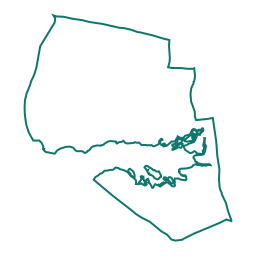 Teluk Bintuni, Papua Barat, Indonesia
{"feature_id": "22746128B11480476919105", "entity_name": "Teluk Bintuni", "entity_type": "district", "adm_level": 2, "iso_a3": "IDN", "parent_name": "Indonesia", "parent_adm1": "Papua Barat", "projection": "albers", "projection_center": [133.559, -2.087], "detail": "fine", "context": "isolated", "style": "outline", "palette": "teal", "viewbox_px": 256, "rotation_deg": 0, "n_neighbors": 0, "source": "geoboundaries", "source_scale": "gbopen_adm2", "svg_char_len": 6051}
<svg xmlns="http://www.w3.org/2000/svg" viewBox="0 0 256 256"><path d="M171.3,239.5L175.5,240.6L182.4,239.7L183.1,239.0L194.0,233.6L219.3,223.0L226.5,219.5L231.3,221.1L231.4,220.4L228.0,210.9L226.0,203.1L222.1,194.9L221.5,192.4L220.2,189.7L219.6,187.3L219.0,179.3L219.4,169.4L217.3,155.8L216.2,141.3L212.8,118.0L206.7,119.0L196.1,120.1L194.8,116.4L194.8,111.7L191.1,101.5L190.5,93.9L191.3,88.1L193.7,82.8L193.6,81.7L194.1,81.3L194.5,79.9L195.0,75.7L194.2,68.3L192.7,68.8L187.8,68.8L181.2,68.1L172.0,68.0L168.1,67.3L169.6,61.8L169.8,57.9L169.0,45.7L169.4,40.0L163.6,38.7L152.8,35.4L140.7,32.5L137.6,32.0L129.9,29.4L124.5,28.2L119.1,27.7L102.2,23.9L89.5,22.0L82.4,20.2L72.3,18.7L63.8,16.8L56.2,16.4L53.4,15.4L55.1,18.2L54.7,22.5L40.2,46.3L36.3,68.1L34.1,75.0L31.0,81.6L30.1,85.0L26.5,93.8L25.0,100.2L24.6,106.8L24.8,114.3L26.2,124.5L28.8,132.5L33.2,140.5L39.2,140.5L41.5,142.7L43.3,146.4L43.1,149.0L44.1,149.0L43.8,150.0L44.6,151.1L46.4,152.2L48.6,152.4L50.1,152.9L54.7,153.7L57.0,150.6L60.3,148.6L65.7,146.9L69.7,146.6L73.4,147.8L75.2,150.2L76.9,151.2L81.7,151.2L83.3,151.7L84.0,152.6L85.0,153.0L86.5,152.2L87.8,150.9L89.3,150.2L91.6,147.3L93.6,146.2L97.1,145.4L100.8,145.7L101.1,145.3L103.5,144.8L104.3,143.8L108.0,141.5L110.7,141.0L116.1,141.6L115.9,142.4L116.9,143.5L119.3,142.1L121.8,141.8L123.6,140.8L124.9,142.6L127.1,143.5L132.9,143.0L134.3,142.7L134.8,142.2L136.9,142.8L139.1,142.6L141.3,144.9L145.9,145.0L147.2,145.4L148.4,145.1L150.3,145.4L151.7,145.1L152.7,146.1L153.5,146.3L156.9,145.2L158.5,144.2L159.2,143.1L159.0,141.9L159.5,140.6L160.9,139.0L161.8,138.8L162.4,139.5L162.4,139.9L161.3,139.8L160.3,141.0L160.2,143.1L160.7,144.4L161.6,145.0L163.3,143.7L164.6,143.7L166.4,145.7L168.7,144.3L169.6,143.1L170.3,142.9L171.5,141.5L175.0,141.5L176.6,138.4L177.9,137.4L178.0,137.2L177.5,137.0L177.7,136.4L179.3,137.4L181.0,137.9L182.9,137.8L184.1,137.1L185.1,135.8L189.4,134.5L190.3,133.9L191.6,130.9L192.3,129.7L193.1,129.2L193.8,129.0L195.1,129.4L196.8,130.7L199.1,129.7L200.6,130.0L202.3,128.3L203.0,128.6L203.4,129.9L203.1,130.9L200.1,133.9L200.0,134.8L197.8,134.9L196.9,135.4L196.3,138.0L195.8,138.3L195.4,139.8L193.9,142.0L188.2,144.0L187.7,144.5L184.3,145.8L183.6,146.5L184.9,149.6L189.6,152.9L190.6,153.0L192.8,152.4L193.5,151.5L194.7,151.2L195.9,152.1L196.7,153.4L202.4,154.0L202.9,153.2L203.2,151.2L202.7,150.8L203.8,149.5L204.2,147.9L203.9,146.2L202.7,146.4L203.8,145.6L203.3,144.4L204.0,142.9L203.7,142.4L204.5,139.2L204.2,138.2L205.0,138.2L204.6,141.3L204.7,143.9L206.1,146.3L205.5,147.3L205.7,148.0L204.9,151.5L204.0,153.9L202.7,154.7L195.1,155.4L193.7,156.4L193.5,157.9L194.9,159.9L195.4,161.7L197.0,162.1L197.0,162.7L197.8,163.2L202.3,164.3L208.8,164.2L210.1,164.6L210.5,165.2L207.9,165.0L206.0,165.7L204.6,165.4L201.6,165.7L198.6,164.9L197.2,165.0L196.5,164.5L195.5,164.3L193.4,165.0L192.3,166.5L190.6,167.5L185.7,168.5L180.8,168.7L180.2,169.2L179.5,169.3L179.0,169.9L179.0,171.6L180.3,171.1L179.1,172.0L179.5,172.8L181.3,175.1L181.7,175.3L182.8,174.4L182.0,175.3L182.7,175.9L183.4,176.0L183.8,175.6L184.2,176.1L184.7,176.0L185.1,175.4L185.7,175.9L186.1,176.5L185.8,177.1L186.4,178.3L186.3,179.5L185.7,180.2L185.2,180.3L180.8,179.6L178.4,178.5L174.8,178.5L174.4,179.8L174.9,182.3L174.5,183.6L175.0,185.4L174.2,186.4L172.0,186.2L170.2,184.2L169.2,183.7L168.6,182.8L167.2,182.4L165.4,182.8L160.3,186.5L159.3,186.2L158.5,184.6L157.4,185.2L155.3,184.2L154.0,185.8L153.2,187.7L152.3,187.9L150.0,183.5L149.1,183.1L149.1,182.2L148.5,182.2L149.0,181.4L148.4,179.7L147.6,179.9L147.7,179.0L146.9,179.3L146.0,180.3L146.2,182.4L146.7,184.5L145.7,185.2L144.7,185.5L141.5,183.8L139.4,183.7L141.4,183.4L143.7,184.8L144.6,184.8L144.8,182.5L143.3,178.6L141.2,179.0L140.8,180.3L138.8,182.6L139.0,183.9L138.5,184.2L135.9,184.0L136.1,180.9L135.6,179.9L132.6,177.2L131.0,176.3L127.8,172.3L124.2,170.3L119.6,169.0L118.5,168.1L116.0,167.6L115.1,167.7L114.3,168.9L112.6,169.9L109.8,169.9L107.7,170.6L104.6,170.7L101.8,173.4L100.4,173.5L98.1,175.5L95.3,177.2L93.7,179.8L112.7,195.7L133.7,212.0L135.4,213.7L142.1,217.9L149.6,221.6L161.3,231.3L167.2,234.7L171.3,239.5ZM148.7,166.9L147.4,165.8L147.6,166.2L147.4,166.3L146.5,165.8L145.6,165.9L144.5,167.3L146.5,169.9L147.1,170.2L148.0,169.9L147.3,171.4L148.9,174.3L149.4,174.5L149.5,173.9L150.4,175.1L151.6,175.2L153.3,176.3L154.3,178.0L157.4,179.4L158.5,179.0L160.5,176.8L161.0,176.8L161.0,175.5L158.9,171.4L157.8,171.7L155.9,171.2L154.4,170.0L153.4,170.3L152.0,168.8L148.7,166.9ZM187.4,141.6L192.5,140.7L193.0,139.6L192.2,137.9L192.2,136.9L194.6,136.2L194.9,135.7L191.8,135.1L190.8,135.2L189.4,136.1L185.4,139.3L184.9,140.1L184.9,141.2L187.4,141.6ZM181.2,139.6L178.0,138.9L177.7,139.5L177.4,141.6L176.8,142.5L175.0,143.9L172.6,144.5L172.3,144.7L172.2,145.6L173.9,146.7L174.5,146.8L179.7,142.8L181.3,142.5L183.5,139.4L181.2,139.6ZM130.1,168.8L129.1,169.1L128.7,169.7L128.0,170.9L128.2,171.5L130.4,173.6L130.7,175.1L134.5,177.8L134.7,175.3L133.5,171.7L130.1,168.8ZM181.6,147.2L182.7,144.3L182.7,143.9L181.5,143.5L177.8,145.4L174.2,148.0L172.8,148.4L172.3,149.4L172.5,149.8L173.2,149.7L176.2,148.5L178.0,147.4L179.5,147.3L180.9,147.9L181.6,147.2ZM172.8,183.5L173.3,182.9L173.3,181.8L171.8,178.2L170.4,177.2L168.8,177.3L168.2,177.9L168.1,179.4L168.6,180.4L171.5,183.4L172.8,183.5ZM195.8,134.6L196.6,133.7L196.6,131.2L193.4,129.7L192.7,130.6L192.4,133.3L195.8,134.6ZM197.4,133.7L200.0,133.4L201.6,131.8L201.5,131.3L200.0,130.5L197.3,131.1L197.0,132.4L197.4,133.7ZM165.7,177.4L164.1,177.4L163.5,178.9L166.5,181.2L166.6,180.1L166.1,178.0L165.7,177.4ZM163.9,183.5L164.1,182.7L162.3,182.8L160.0,184.8L159.8,186.0L160.4,186.0L161.5,185.1L161.7,184.1L162.2,183.6L162.0,184.7L162.8,184.2L162.8,183.6L163.9,183.5ZM142.3,176.4L141.4,176.0L140.7,176.9L141.5,178.5L143.5,177.7L143.4,176.7L142.4,176.8L142.3,176.4ZM165.8,145.9L164.0,144.2L163.5,144.5L163.0,145.7L163.5,146.4L165.8,145.9ZM195.1,136.9L192.9,137.0L192.4,137.3L192.5,137.7L193.4,138.5L193.6,139.2L194.8,137.8L195.1,136.9ZM202.3,131.3L202.6,130.5L202.4,128.9L201.4,129.9L202.0,130.6L201.8,131.3L202.3,131.3Z" fill="none" stroke="#0f766e" stroke-width="2"/></svg>